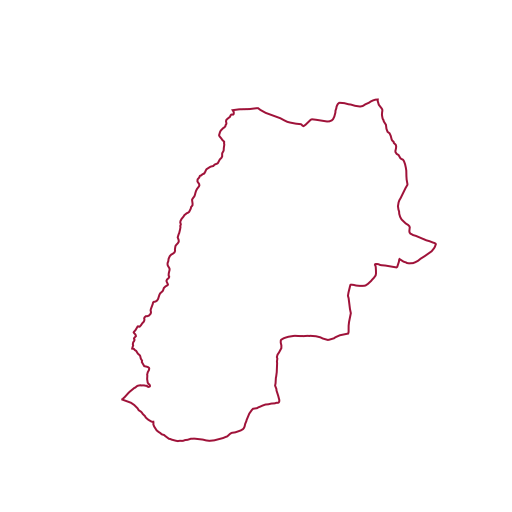 Asmat, Anseba, Eritrea (Robinson projection), rotated 226°
{"feature_id": "51966322B95740891670164", "entity_name": "Asmat", "entity_type": "district", "adm_level": 2, "iso_a3": "ERI", "parent_name": "Eritrea", "parent_adm1": "Anseba", "projection": "robinson", "projection_center": [37.974, 16.37], "detail": "fine", "context": "isolated", "style": "outline", "palette": "rose", "viewbox_px": 512, "rotation_deg": 226, "n_neighbors": 0, "source": "geoboundaries", "source_scale": "gbopen_adm2", "svg_char_len": 6096}
<svg xmlns="http://www.w3.org/2000/svg" viewBox="0 0 512 512"><g transform="rotate(226 256 256)"><path d="M276.3,104.1L275.4,102.6L274.0,103.6L272.4,103.5L271.0,103.9L267.9,103.2L265.2,103.4L264.5,103.2L262.1,101.8L259.8,101.3L259.0,100.2L254.4,99.1L252.3,100.5L250.8,101.2L249.8,101.3L249.2,101.0L248.3,99.7L247.6,97.4L246.2,95.2L245.5,94.8L243.1,92.2L240.1,90.1L238.5,89.8L238.1,90.0L237.3,90.0L236.2,89.5L236.0,89.2L236.0,88.7L236.5,87.7L237.5,87.2L238.5,87.3L239.5,86.3L240.7,85.6L242.8,83.3L243.1,83.3L243.3,83.1L244.7,81.0L245.1,79.8L245.2,77.7L245.6,77.0L246.1,70.9L246.1,69.1L245.7,63.4L245.8,62.0L245.6,60.5L246.4,59.7L237.3,64.1L233.4,64.9L228.7,65.0L226.6,64.5L223.9,65.1L222.6,65.1L221.1,64.8L217.9,64.9L216.5,64.5L214.8,64.6L213.0,64.8L209.7,65.7L208.6,66.3L208.1,67.0L207.3,66.4L206.2,65.2L204.1,64.3L199.6,63.4L197.1,63.7L195.1,64.2L193.3,64.3L190.9,65.6L189.9,65.6L185.0,66.4L183.6,67.4L182.8,67.6L178.8,70.0L177.1,71.2L176.2,72.6L174.1,74.7L173.6,75.4L172.8,77.2L171.3,79.1L169.8,82.2L167.2,85.0L160.9,90.2L158.0,92.0L155.4,94.1L152.4,97.9L147.9,105.9L146.8,108.8L146.4,109.4L146.2,110.3L146.1,113.7L145.8,115.2L145.5,115.9L143.6,118.5L142.5,120.8L141.1,123.9L140.5,126.4L140.6,127.5L141.2,129.2L142.8,131.7L144.0,134.5L144.5,135.2L147.3,141.7L148.1,145.9L148.2,147.7L145.8,151.1L145.5,152.6L144.8,154.2L143.9,156.7L142.6,159.6L140.8,161.8L139.2,164.5L137.0,167.1L136.2,168.7L135.1,169.9L134.9,170.5L135.0,171.2L135.4,171.9L136.2,172.7L140.1,174.9L145.0,177.3L146.2,178.3L149.5,179.7L150.9,181.7L154.5,185.6L155.3,186.8L158.0,190.2L164.3,196.8L165.5,197.7L167.4,200.1L168.8,200.8L170.1,203.0L170.6,205.5L172.1,210.2L174.0,212.1L176.5,213.6L177.9,215.0L178.2,215.6L178.2,216.2L177.6,218.7L176.8,220.5L175.4,223.2L172.4,227.5L171.5,228.6L168.9,231.0L165.2,234.7L162.7,237.7L161.3,238.9L161.0,239.5L156.6,243.4L152.8,245.8L150.3,246.7L145.8,249.3L145.1,250.2L142.6,255.0L142.5,256.2L142.1,257.5L140.7,261.3L136.2,268.4L137.0,269.8L141.5,274.2L143.9,277.1L149.0,284.5L152.5,286.7L161.3,293.3L163.5,294.5L165.5,297.2L168.8,302.4L169.6,303.8L169.5,304.3L169.0,304.8L167.3,306.2L165.2,307.5L162.4,309.9L159.6,312.9L158.7,314.3L158.2,317.0L158.1,321.5L158.3,322.9L158.4,325.6L158.9,328.5L160.0,330.1L162.0,332.0L164.8,334.4L166.4,335.4L167.0,335.4L167.2,335.7L167.3,336.2L166.2,337.5L164.8,338.5L163.4,339.0L162.4,339.7L159.3,342.4L150.2,349.1L150.1,350.1L152.6,354.8L153.9,356.5L154.1,357.1L149.5,358.2L147.0,359.5L146.1,359.7L144.4,361.0L141.8,364.0L140.9,366.2L140.0,369.2L139.7,372.6L138.7,377.3L137.4,385.6L137.9,389.5L138.4,391.2L139.6,393.6L140.3,393.7L141.4,393.4L142.6,392.7L146.3,391.0L149.0,389.4L159.4,385.0L162.0,383.5L163.9,383.0L164.7,382.6L166.2,382.8L167.4,383.6L169.8,386.5L170.9,387.0L172.6,387.0L175.5,386.3L180.7,386.1L181.7,386.2L184.1,386.9L186.8,388.3L188.7,389.9L190.4,390.7L193.2,392.7L195.5,395.8L196.5,397.8L197.2,400.3L201.0,410.8L202.0,414.3L202.4,414.8L206.4,417.5L209.0,419.7L213.0,423.4L215.4,425.1L218.5,427.0L221.4,428.3L222.9,428.6L223.7,428.5L224.6,428.0L226.1,427.8L229.6,428.7L231.7,428.1L233.8,428.5L234.7,429.2L236.2,431.5L237.4,432.9L238.5,433.6L239.1,433.8L241.6,433.7L242.5,434.3L244.5,434.2L245.5,434.5L248.9,436.4L251.5,437.3L253.9,436.9L256.9,438.2L260.1,440.6L264.0,441.4L265.4,442.2L266.0,442.2L267.0,442.6L269.0,443.9L270.1,444.7L272.0,446.8L272.6,447.7L273.7,448.6L274.9,448.9L279.5,449.4L283.1,451.3L284.0,452.3L285.5,450.5L286.6,448.3L287.4,446.0L287.8,443.7L289.2,439.9L289.4,438.6L289.8,436.9L291.2,434.7L295.2,431.6L299.1,429.4L300.8,428.0L304.6,425.7L308.0,422.7L308.4,422.2L308.5,420.5L308.0,418.9L307.4,417.6L306.5,416.4L305.3,414.1L304.0,412.7L301.9,409.2L300.9,406.5L300.9,404.8L301.1,404.2L302.0,402.1L303.6,400.4L312.2,393.9L315.4,391.3L316.0,390.0L316.0,382.7L316.4,380.4L317.4,380.0L319.2,380.0L319.8,379.7L323.5,376.6L328.5,373.1L330.8,371.7L334.1,370.5L338.2,369.2L352.2,362.4L358.1,360.6L360.8,360.2L361.9,359.1L366.2,353.4L373.2,345.8L377.1,340.5L375.0,340.0L373.9,338.9L373.6,338.4L373.6,337.8L374.8,336.6L374.9,336.3L374.8,335.4L374.2,333.9L374.5,330.9L374.5,329.3L374.3,328.8L373.6,327.9L372.0,326.9L371.5,326.1L371.3,325.1L370.6,324.0L370.5,322.6L370.8,321.2L370.7,317.8L370.2,316.3L368.7,313.6L368.3,313.2L367.3,312.9L364.6,312.7L362.9,312.4L360.4,312.5L360.0,312.2L359.6,311.6L358.1,310.5L356.0,307.8L354.6,306.3L354.2,305.7L353.4,303.1L353.0,302.6L351.2,300.9L350.9,300.2L350.6,299.1L350.6,297.1L349.3,293.0L349.5,292.1L350.3,290.3L350.5,289.5L350.4,287.8L351.6,285.8L352.0,284.7L352.8,280.7L352.4,279.2L351.8,278.0L351.7,276.8L351.3,276.4L351.3,275.8L352.0,274.3L352.0,272.6L352.4,272.0L352.6,271.2L351.9,269.7L351.7,267.3L351.2,266.6L350.2,265.6L347.3,265.1L346.2,264.4L345.7,263.3L345.2,260.1L344.5,258.1L343.4,256.1L342.5,254.7L341.7,253.0L341.5,251.4L341.1,249.6L340.8,249.0L337.8,246.8L336.7,245.7L336.5,245.1L336.3,243.3L335.4,242.0L334.2,238.6L334.4,237.0L334.9,235.8L335.0,234.0L335.2,233.2L334.7,231.1L334.4,228.3L333.6,225.9L332.5,224.6L331.8,224.4L330.9,223.8L330.2,222.3L329.3,221.8L327.9,219.9L325.8,216.6L325.4,215.5L323.8,212.6L321.3,211.5L320.3,210.7L319.9,210.2L319.5,208.6L319.4,206.5L319.2,205.2L318.7,204.4L317.1,202.3L315.9,201.3L315.2,199.8L315.4,197.8L315.9,196.0L315.8,193.9L314.7,191.2L313.2,189.3L312.4,187.6L311.6,186.7L310.8,186.1L310.0,185.8L307.8,185.3L306.8,184.9L306.0,184.1L304.2,181.3L302.9,179.8L302.2,179.4L301.7,179.4L301.2,178.9L300.8,177.8L300.9,175.6L300.3,174.3L299.6,173.9L296.7,172.9L296.5,172.5L296.4,172.1L297.0,169.8L297.0,168.7L297.0,167.5L295.9,165.4L295.6,164.4L295.7,161.0L295.1,159.4L293.1,155.7L292.7,153.9L292.9,152.6L293.4,151.4L294.0,150.7L294.1,150.0L293.9,149.4L293.2,148.4L291.0,143.8L290.2,142.5L288.5,141.4L287.7,140.2L287.5,137.7L287.8,136.9L288.2,136.0L289.2,135.0L289.3,133.4L288.9,132.3L287.9,131.7L287.2,130.8L286.7,129.6L286.6,127.4L286.1,125.2L286.0,123.2L286.3,122.8L287.4,122.3L287.5,121.8L286.4,117.9L286.2,115.3L286.0,114.9L285.6,114.8L283.2,114.7L281.8,114.0L281.6,111.3L281.2,110.7L280.5,110.6L280.0,110.3L279.4,108.9L279.3,108.0L279.1,107.5L278.1,106.1L277.0,105.5L276.3,104.1Z" fill="none" stroke="#9f1239" stroke-width="2"/></g></svg>